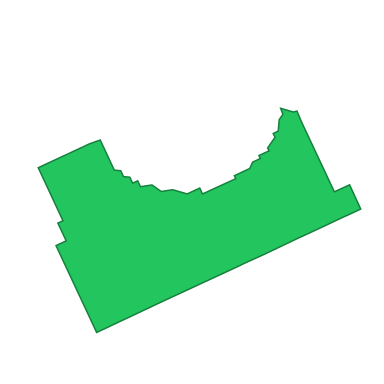 the district of Wibaux, Montana, United States of America, rotated 65°
{"feature_id": "52423323B54665003202260", "entity_name": "Wibaux", "entity_type": "district", "adm_level": 2, "iso_a3": "USA", "parent_name": "United States of America", "parent_adm1": "Montana", "projection": "robinson", "projection_center": [-104.243, 47.019], "detail": "fine", "context": "isolated", "style": "filled", "palette": "green", "viewbox_px": 384, "rotation_deg": 65, "n_neighbors": 0, "source": "geoboundaries", "source_scale": "gbopen_adm2", "svg_char_len": 988}
<svg xmlns="http://www.w3.org/2000/svg" viewBox="0 0 384 384"><g transform="rotate(65 192 192)"><path d="M105.0,321.1L163.5,321.1L163.5,326.7L183.1,326.7L183.1,337.9L279.0,337.8L278.9,311.9L278.9,309.9L278.9,307.0L278.9,306.7L278.9,305.4L278.7,264.8L278.8,225.0L278.8,222.2L278.9,185.0L278.9,183.7L278.9,178.8L278.8,177.3L278.8,174.8L278.8,169.2L278.9,168.2L278.9,163.7L279.0,150.3L278.7,116.3L278.8,97.7L278.8,96.9L278.8,96.5L278.8,94.8L278.8,93.8L278.8,92.6L278.7,72.1L278.7,71.4L278.7,67.0L278.8,54.8L278.8,46.3L252.1,46.1L252.0,62.9L173.9,63.1L163.0,62.7L162.3,66.4L153.6,76.3L160.0,76.8L163.3,82.4L173.2,88.1L173.3,93.7L177.5,93.6L184.0,104.8L187.3,104.8L187.2,115.9L190.5,115.9L190.5,124.3L195.1,129.8L195.1,146.7L198.4,146.7L198.2,183.3L191.7,183.3L191.7,197.2L181.8,208.5L178.5,219.7L168.7,225.3L165.4,236.5L158.9,236.5L158.9,242.1L152.3,242.1L149.1,247.6L142.6,247.6L139.3,253.2L106.1,253.2L105.0,264.4L105.0,321.1Z" fill="#22c55e" stroke="#15803d" stroke-width="1.5"/></g></svg>